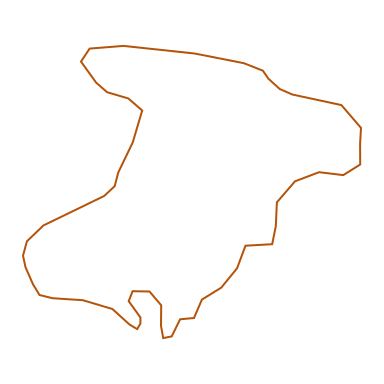 SVG path tracing the border of Alborz
{"feature_id": "IRN-5490", "entity_name": "Alborz", "entity_type": "Province", "adm_level": 1, "iso_a3": "IRN", "parent_name": "Iran", "parent_adm1": "", "projection": "albers", "projection_center": [50.738, 35.945], "detail": "fine", "context": "isolated", "style": "outline", "palette": "amber", "viewbox_px": 384, "rotation_deg": 0, "n_neighbors": 0, "source": "natural_earth", "source_scale": "10m", "svg_char_len": 752}
<svg xmlns="http://www.w3.org/2000/svg" viewBox="0 0 384 384"><path d="M163.2,338.1L161.0,325.8L161.2,305.3L149.5,291.5L132.6,291.2L128.7,301.2L140.4,317.4L140.4,323.6L137.2,329.1L129.6,324.6L112.4,309.0L82.8,300.2L52.4,298.2L39.5,295.0L33.0,284.3L25.5,267.2L23.0,255.7L26.9,241.3L43.5,225.4L104.3,195.9L114.7,186.1L118.3,172.4L132.7,142.5L142.2,110.5L128.4,98.5L107.1,92.2L96.2,82.7L81.0,61.6L89.6,48.6L123.5,45.9L194.5,53.5L243.9,63.2L262.9,70.7L268.3,78.6L279.7,89.0L292.3,94.5L341.4,105.1L361.0,127.9L360.1,143.6L360.2,164.5L343.3,175.1L319.1,172.2L295.0,181.3L276.9,202.3L275.8,226.2L272.2,244.2L245.5,245.7L237.1,268.2L221.3,287.6L201.9,299.6L194.0,318.0L180.1,319.3L171.7,336.4L163.2,338.1Z" fill="none" stroke="#b45309" stroke-width="2"/></svg>